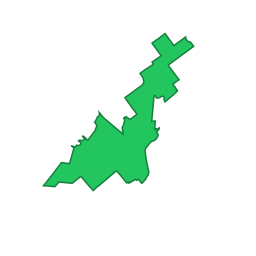 outline of Budesti, Giurgiu, Romania, rotated 322°
{"feature_id": "2599482B32121739895306", "entity_name": "Budesti", "entity_type": "district", "adm_level": 2, "iso_a3": "ROU", "parent_name": "Romania", "parent_adm1": "Giurgiu", "projection": "natural_earth1", "projection_center": [26.452, 44.251], "detail": "fine", "context": "isolated", "style": "filled", "palette": "green", "viewbox_px": 256, "rotation_deg": 322, "n_neighbors": 0, "source": "geoboundaries", "source_scale": "gbopen_adm2", "svg_char_len": 5480}
<svg xmlns="http://www.w3.org/2000/svg" viewBox="0 0 256 256"><g transform="rotate(322 128 128)"><path d="M147.6,151.9L148.2,148.7L150.6,148.5L152.2,147.7L152.6,147.2L151.4,147.1L150.9,147.1L150.5,147.0L149.4,146.7L149.7,146.2L149.2,146.1L149.4,145.6L148.9,145.4L148.7,145.3L148.5,145.2L150.9,142.5L152.5,140.8L153.8,139.4L152.7,138.4L152.3,138.2L150.9,137.2L152.6,135.4L154.3,133.6L156.0,131.8L157.9,129.8L158.7,129.0L160.9,126.6L162.2,125.2L164.6,122.7L167.7,119.3L168.3,118.8L168.6,118.6L168.8,118.6L169.5,119.5L169.3,119.7L169.2,119.9L169.0,121.1L168.9,121.8L169.0,122.0L169.3,122.4L169.4,122.5L170.5,122.9L170.6,123.0L170.9,123.2L171.2,123.5L171.6,123.6L172.1,123.6L172.9,123.6L173.3,123.7L174.6,124.2L175.0,124.3L175.3,124.5L175.4,124.9L175.5,125.2L175.4,125.5L175.4,125.8L175.3,126.0L175.2,126.2L174.9,126.7L174.3,127.3L174.0,127.6L173.9,127.9L173.7,128.2L173.4,129.3L173.3,129.8L173.2,130.2L180.9,129.9L184.7,129.8L185.2,129.7L189.9,129.2L190.0,128.5L190.1,126.6L190.4,121.0L194.5,121.2L197.1,121.3L197.5,121.4L197.8,121.5L198.0,121.3L197.9,121.0L197.9,120.6L198.0,117.2L198.2,109.8L198.3,103.5L198.6,103.3L198.8,103.2L199.1,103.2L206.7,103.4L210.6,103.5L214.4,103.6L222.3,103.9L227.3,104.0L230.0,104.1L230.1,101.6L230.1,101.4L230.2,101.2L230.1,100.4L230.1,99.5L230.1,99.2L230.0,98.8L229.9,98.1L229.7,97.9L228.7,96.8L228.6,96.7L228.5,96.1L228.4,95.6L228.3,94.1L228.6,93.5L228.8,93.0L229.2,92.4L229.3,92.1L229.5,91.7L227.4,91.7L226.5,91.7L224.4,91.6L223.2,91.6L221.3,91.5L219.7,91.4L218.4,91.4L217.4,91.4L215.5,91.3L215.0,91.3L214.9,91.3L214.8,91.2L214.9,90.6L214.9,90.2L214.9,89.2L215.0,88.1L215.1,82.8L215.2,81.9L215.2,80.9L215.2,80.3L215.3,78.6L215.3,77.5L215.4,76.4L214.8,76.4L211.2,76.3L208.5,76.2L207.7,76.5L207.4,76.5L206.9,76.3L206.6,76.2L204.6,76.1L201.9,76.0L199.2,75.9L199.0,80.4L198.8,86.3L198.7,89.1L198.5,91.5L194.5,91.3L193.2,91.2L192.9,91.2L192.5,91.1L192.0,91.1L191.4,91.1L190.3,91.0L189.3,91.0L187.7,90.8L187.5,91.0L187.4,91.4L187.4,93.1L187.3,93.3L187.2,93.3L186.0,93.3L183.9,93.1L181.7,92.9L180.1,92.8L179.1,92.7L176.4,92.5L172.4,92.4L171.0,92.4L171.0,95.0L170.9,96.3L170.8,96.9L170.6,97.8L170.4,98.4L170.0,99.1L169.1,100.9L168.6,101.9L168.3,101.9L168.1,102.0L167.8,102.1L167.5,102.2L167.1,102.3L166.6,102.6L166.2,102.8L165.8,102.9L162.8,102.8L159.7,102.7L149.5,102.4L147.0,102.3L144.5,102.2L144.3,102.2L144.2,103.4L144.2,104.4L144.1,105.2L144.0,106.2L144.0,107.2L144.0,107.7L144.0,109.0L143.9,110.1L143.9,110.6L143.8,112.4L143.8,113.3L143.7,113.7L143.7,114.6L143.7,116.3L143.7,116.9L143.6,117.4L143.6,118.1L143.6,118.6L143.5,121.5L143.4,122.0L143.4,122.4L143.4,122.7L135.0,122.5L134.6,121.5L134.5,121.3L134.2,120.6L134.0,119.9L133.6,118.1L132.4,118.6L132.4,118.4L132.2,117.5L131.4,117.7L131.1,117.7L130.6,117.7L130.7,118.0L130.6,118.6L130.4,119.2L130.2,119.7L129.5,120.4L127.9,121.6L126.5,122.7L124.6,123.7L123.5,124.2L123.5,124.4L120.3,129.8L116.8,113.2L115.0,104.5L114.9,98.0L113.3,100.7L113.0,100.8L112.6,100.7L112.3,100.6L111.9,100.4L111.7,100.4L111.3,100.4L110.4,100.7L109.1,101.4L105.1,103.1L105.5,103.6L105.6,103.8L105.3,104.9L104.6,107.2L104.5,107.4L103.9,107.7L103.4,107.9L102.2,108.5L101.9,108.7L101.7,108.8L101.6,109.0L101.5,109.3L101.4,109.4L101.3,109.5L100.7,109.7L98.8,110.2L94.1,111.5L88.8,112.9L87.8,106.8L87.4,106.6L87.1,106.6L86.9,106.9L86.9,107.2L87.1,107.9L86.9,108.6L87.1,109.2L87.4,109.7L87.4,110.1L87.2,110.3L86.5,110.3L85.2,109.9L84.2,109.8L83.8,109.6L83.4,109.2L83.1,108.8L83.0,108.2L82.8,107.9L82.2,107.7L81.0,107.7L81.4,108.5L81.6,109.2L81.5,110.1L81.3,111.1L81.2,111.3L80.8,111.5L80.3,111.8L80.2,111.8L79.8,111.8L79.5,111.8L78.7,111.5L78.3,111.3L77.4,110.5L77.2,110.3L76.9,110.0L76.7,109.9L76.3,110.0L76.0,110.1L75.7,110.2L75.4,110.2L75.1,110.2L74.5,110.3L74.0,109.7L73.9,109.6L73.7,109.5L73.6,109.4L73.5,109.0L73.4,108.7L73.2,108.1L73.1,107.9L72.9,107.7L72.6,107.4L72.5,107.5L72.4,107.6L72.7,108.5L73.0,110.0L72.8,110.2L72.9,110.7L71.5,111.7L70.1,112.7L69.3,113.3L67.9,114.3L66.8,115.1L66.2,115.5L64.9,116.5L62.2,118.4L61.5,118.8L60.6,119.5L59.9,120.0L54.3,114.3L54.0,114.3L53.9,114.3L52.8,114.7L47.4,116.1L46.1,116.4L41.8,117.6L39.0,118.3L36.6,118.9L35.0,119.3L32.4,119.9L30.3,120.5L28.9,120.8L28.1,121.0L27.8,121.0L26.8,121.2L26.1,121.3L25.8,121.4L27.4,122.8L29.7,124.9L31.1,126.2L32.8,127.8L34.2,129.2L35.0,129.1L37.2,128.7L38.4,128.4L40.3,128.1L41.5,129.2L44.3,131.8L45.0,132.5L47.6,135.0L49.0,136.3L49.9,137.2L50.8,137.2L56.8,137.1L59.8,137.1L60.4,137.1L60.7,137.1L61.1,137.1L61.1,137.3L61.2,138.6L61.2,139.6L61.4,143.2L61.4,143.6L61.4,144.0L61.4,145.0L61.5,145.7L61.5,147.2L61.8,152.6L61.9,153.3L62.0,155.3L62.0,155.8L64.3,155.7L64.9,155.6L66.1,155.5L67.7,155.4L68.4,155.4L68.5,155.4L68.8,155.4L69.0,155.5L70.0,155.5L71.1,155.5L71.6,155.4L73.8,155.4L75.7,155.3L76.6,155.3L77.6,155.2L79.4,155.2L80.0,155.1L82.6,155.0L84.4,154.9L85.2,154.9L87.6,154.8L89.2,154.8L90.5,154.7L92.0,154.7L92.6,154.7L92.6,155.2L92.7,155.9L92.7,156.3L92.7,156.8L92.9,159.8L93.1,169.1L93.1,170.6L95.0,170.5L94.9,171.0L94.8,171.8L94.8,172.0L95.5,172.2L96.6,172.3L97.3,172.4L97.9,172.5L99.2,172.7L100.0,172.8L102.1,173.1L102.4,173.1L102.4,174.4L104.6,174.8L104.7,180.0L105.5,180.1L106.6,180.0L108.6,179.6L111.6,178.6L112.9,178.1L115.8,176.9L117.4,175.3L119.0,172.0L121.0,167.8L124.1,162.1L126.0,158.9L126.6,157.9L127.1,156.9L127.8,156.1L129.0,155.2L129.9,154.7L134.8,153.6L136.6,153.3L138.4,153.1L139.4,153.6L140.7,153.9L141.8,154.1L143.2,154.0L145.0,153.5L145.8,153.1L147.6,151.9Z" fill="#22c55e" stroke="#15803d" stroke-width="1.5"/></g></svg>